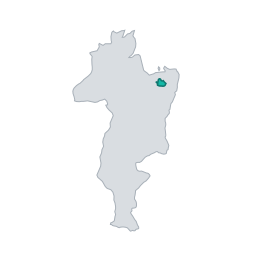 Kusong City, P'yŏngan-bukto, North Korea (highlighted), rotated 141°
{"feature_id": "82179303B13626815484241", "entity_name": "Kusong City", "entity_type": "district", "adm_level": 2, "iso_a3": "PRK", "parent_name": "North Korea", "parent_adm1": "P'yŏngan-bukto", "projection": "albers", "projection_center": [125.193, 39.953], "detail": "fine", "context": "in_parent", "style": "filled", "palette": "teal", "viewbox_px": 256, "rotation_deg": 141, "n_neighbors": 0, "source": "geoboundaries", "source_scale": "gbopen_adm2", "svg_char_len": 3794}
<svg xmlns="http://www.w3.org/2000/svg" viewBox="0 0 256 256"><g transform="rotate(141 128 128)"><path d="M152.5,182.8L151.7,183.3L150.3,186.0L149.0,189.4L147.7,191.3L146.2,192.4L144.6,193.0L141.3,193.4L138.3,193.2L137.3,192.9L133.2,193.2L132.0,193.5L126.1,193.4L123.0,193.7L121.1,194.4L119.1,195.8L117.4,197.9L116.0,200.1L112.9,204.2L110.8,206.2L110.8,209.0L110.8,209.8L110.0,210.5L109.8,210.2L108.5,210.0L103.4,207.5L99.3,209.1L98.2,211.2L97.1,211.8L95.4,207.9L92.7,207.8L88.4,204.3L86.6,205.0L86.1,206.4L83.8,209.7L80.5,212.4L79.4,212.7L78.2,212.5L78.4,211.8L77.0,208.8L71.8,207.6L69.9,206.3L69.0,206.0L74.1,202.7L75.4,202.1L74.4,201.3L73.3,200.9L69.2,201.4L67.0,200.3L63.8,200.6L61.6,199.7L66.2,196.5L66.4,194.5L66.3,193.1L68.7,188.7L71.0,186.3L76.9,182.9L79.6,182.4L81.4,182.5L83.0,182.2L81.4,180.9L79.8,180.3L76.7,180.4L73.5,178.4L73.2,176.4L79.4,163.2L79.4,162.0L78.5,158.8L78.2,155.7L73.8,153.9L71.8,153.7L66.2,150.1L63.9,148.4L63.1,148.9L62.9,151.7L62.1,152.3L60.6,152.8L59.9,149.6L58.7,147.3L55.0,144.9L53.6,143.6L54.3,140.8L54.0,140.5L54.6,137.4L56.9,134.9L62.5,130.6L64.0,128.6L66.8,126.2L68.1,126.3L69.4,126.1L69.8,125.0L70.1,124.2L71.2,123.5L73.9,122.1L77.0,120.4L79.4,119.9L82.4,117.3L83.7,116.1L84.9,116.1L85.2,115.6L85.9,114.2L86.9,113.3L88.2,113.2L90.3,112.5L93.1,112.1L94.9,109.9L95.5,108.3L96.7,106.6L99.3,104.7L101.0,101.9L103.0,98.8L103.9,97.9L104.8,97.7L105.4,96.5L105.9,93.3L106.8,90.2L107.3,88.7L109.5,87.0L110.1,86.3L110.6,86.0L111.7,86.2L113.0,85.2L114.4,84.1L115.6,84.5L116.8,85.3L118.1,87.0L118.7,88.4L119.8,89.5L120.0,91.2L121.0,91.9L123.2,92.2L126.8,93.3L129.0,93.3L130.4,94.1L133.1,94.5L138.6,93.6L140.8,94.0L141.8,95.0L143.2,95.8L144.1,95.8L145.3,94.3L146.5,92.0L147.3,90.1L147.2,88.7L146.4,87.3L144.5,85.9L143.3,83.8L142.1,81.6L141.4,80.8L140.8,79.8L140.7,78.1L141.0,76.9L143.7,76.1L147.1,75.5L150.0,75.9L154.6,75.4L157.5,74.7L159.6,74.7L161.6,74.6L162.4,73.6L165.0,71.2L166.3,70.3L167.7,68.6L167.8,67.0L168.1,65.6L168.8,64.2L170.2,62.4L171.3,61.5L172.7,61.5L174.2,62.3L175.1,63.0L176.1,62.8L176.9,61.3L177.4,61.0L179.1,60.8L179.5,60.0L179.9,55.9L180.4,52.6L180.4,50.4L181.7,46.6L182.0,44.4L182.8,43.3L183.8,43.3L184.7,43.9L185.7,44.2L187.1,43.8L188.1,44.3L188.8,45.5L190.9,46.2L191.1,46.8L191.3,50.8L192.5,52.6L194.2,54.3L196.3,55.7L197.5,56.0L198.2,57.0L198.9,58.9L200.5,60.7L201.4,62.0L201.6,63.4L202.4,64.1L201.2,65.1L199.6,64.6L197.0,64.5L193.8,67.4L192.1,68.5L190.9,71.3L188.4,73.1L187.0,74.9L185.3,77.9L184.3,80.9L181.6,84.0L180.1,87.7L180.2,90.9L182.2,94.1L182.5,96.8L181.5,102.6L182.5,108.6L181.8,111.0L173.3,115.5L171.1,117.7L168.1,123.2L164.2,125.3L161.8,127.6L158.5,129.1L156.5,132.9L154.1,135.1L151.3,136.5L149.3,138.3L144.5,138.6L141.1,139.8L138.8,143.1L131.7,146.9L130.8,149.6L131.4,153.8L131.5,157.0L130.9,159.7L129.3,158.9L128.5,159.8L127.6,162.3L127.9,165.1L130.4,165.9L132.5,167.0L135.4,167.5L137.6,168.7L142.3,174.5L146.1,176.9L147.1,177.8L149.3,179.1L151.4,181.0L152.5,182.8ZM67.1,155.4L65.7,156.3L65.6,154.6L66.7,153.3L67.8,153.1L67.1,155.4Z" fill="#d9dde1" stroke="#a8b0b8" stroke-width="1"/><path d="M70.8,142.6L71.0,142.6L71.5,142.8L72.0,143.2L72.2,143.7L72.4,144.1L72.1,144.7L72.0,145.2L72.1,145.7L72.2,145.8L72.2,146.1L72.3,146.2L72.5,146.4L72.8,146.5L73.2,146.6L73.3,146.6L73.7,146.6L74.5,146.0L74.9,145.7L75.1,145.4L75.7,145.0L76.1,144.7L76.5,145.0L76.6,145.5L76.9,145.9L77.2,145.9L77.3,145.7L77.2,145.2L77.2,144.9L77.1,144.3L77.0,143.7L77.5,143.5L77.4,143.3L77.6,143.0L77.7,142.9L78.1,142.6L78.0,142.4L77.9,142.2L77.7,141.8L77.4,141.3L77.0,140.9L76.9,140.6L76.2,140.1L75.7,139.6L75.0,139.0L74.6,138.5L73.9,138.1L73.6,137.9L72.7,137.8L72.1,137.9L71.5,138.2L71.0,138.5L70.5,138.7L70.6,139.3L70.7,140.0L70.8,140.5L70.8,141.1L70.8,141.8L70.8,142.2L70.8,142.5L70.8,142.6Z" fill="#14b8a6" stroke="#0f766e" stroke-width="1.5"/></g></svg>